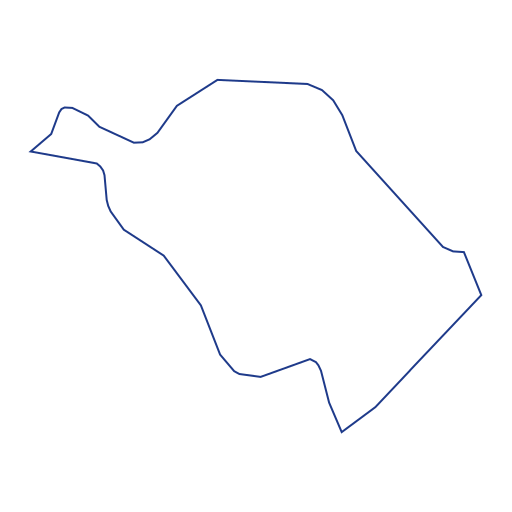 the London Borough (city) of Westminster
{"feature_id": "GBR-2080", "entity_name": "Westminster", "entity_type": "London Borough (city)", "adm_level": 1, "iso_a3": "GBR", "parent_name": "United Kingdom", "parent_adm1": "", "projection": "orthographic", "projection_center": [-0.168, 51.508], "detail": "fine", "context": "isolated", "style": "outline", "palette": "blue", "viewbox_px": 512, "rotation_deg": 0, "n_neighbors": 0, "source": "natural_earth", "source_scale": "10m", "svg_char_len": 679}
<svg xmlns="http://www.w3.org/2000/svg" viewBox="0 0 512 512"><path d="M409.7,370.8L375.4,407.1L341.7,432.1L329.1,402.6L321.0,370.8L318.4,365.3L315.9,362.1L310.0,359.1L260.6,376.9L239.3,374.0L234.2,371.2L220.1,354.6L200.9,305.4L163.7,255.6L123.8,229.7L110.7,211.5L108.2,205.9L106.7,200.0L104.5,175.2L103.1,170.5L100.3,166.5L96.8,163.5L30.7,151.5L51.2,134.0L59.2,112.4L61.5,109.0L64.6,107.5L72.3,107.9L88.1,115.6L99.4,126.8L133.9,142.7L142.7,142.3L149.6,139.3L157.4,132.9L176.9,105.8L217.4,79.9L307.5,84.0L322.0,90.1L333.2,100.3L342.3,115.2L356.2,151.0L443.0,247.0L453.1,251.4L463.9,252.1L481.3,295.1L410.5,369.8L409.7,370.8Z" fill="none" stroke="#1e3a8a" stroke-width="2"/></svg>